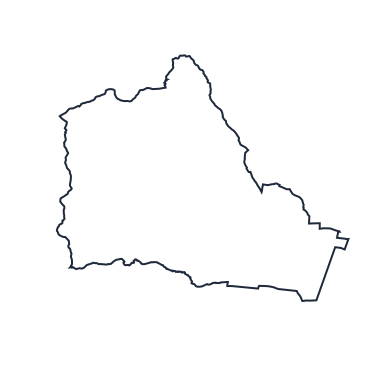 Turia, Covasna, Romania, rotated 346°
{"feature_id": "2599482B69568835310274", "entity_name": "Turia", "entity_type": "district", "adm_level": 2, "iso_a3": "ROU", "parent_name": "Romania", "parent_adm1": "Covasna", "projection": "robinson", "projection_center": [26.016, 46.065], "detail": "fine", "context": "isolated", "style": "outline", "palette": "slate", "viewbox_px": 384, "rotation_deg": 346, "n_neighbors": 0, "source": "geoboundaries", "source_scale": "gbopen_adm2", "svg_char_len": 5890}
<svg xmlns="http://www.w3.org/2000/svg" viewBox="0 0 384 384"><g transform="rotate(346 192 192)"><path d="M286.5,327.2L317.6,280.2L323.1,282.4L326.2,284.7L332.4,275.5L331.6,275.4L330.7,274.9L330.1,275.0L329.6,274.5L328.0,273.9L321.6,271.5L324.1,266.3L324.4,266.1L325.6,266.3L325.3,265.6L324.3,265.4L317.3,260.8L310.8,259.0L307.0,258.6L308.4,253.2L297.9,250.9L300.0,243.9L298.9,241.7L298.8,239.9L297.2,237.1L296.3,236.4L296.0,235.9L296.1,235.1L296.6,234.5L296.3,233.5L296.5,232.9L297.0,232.2L297.2,231.6L297.0,229.5L297.0,226.7L295.6,223.8L294.7,222.7L291.2,220.2L289.2,218.3L287.7,214.1L287.4,212.8L285.8,212.6L284.2,212.0L280.0,208.7L278.5,207.7L278.1,207.4L278.7,206.3L277.4,205.4L276.4,204.3L274.4,203.9L273.9,204.2L271.4,203.8L267.2,203.7L262.7,201.8L262.1,203.3L261.3,204.7L260.4,207.2L259.5,208.9L258.4,204.7L257.1,201.0L257.1,200.7L256.1,197.4L255.6,196.9L255.0,194.8L254.1,192.4L253.6,186.7L252.3,186.5L251.9,186.3L251.3,185.0L250.6,182.3L251.2,181.4L250.5,179.9L249.9,176.3L250.1,175.1L251.5,172.1L251.4,171.6L251.8,170.6L251.9,169.9L252.7,168.2L253.1,166.9L256.6,165.0L254.8,161.8L250.6,157.9L250.3,156.3L250.2,154.7L249.7,153.3L249.8,152.7L250.5,151.7L250.6,151.1L250.3,149.7L249.6,148.0L249.1,146.2L247.5,142.8L246.1,141.3L242.7,136.3L242.6,135.6L241.9,133.6L242.1,131.4L240.9,129.6L240.1,127.3L240.0,126.2L240.4,125.6L240.4,123.1L240.5,122.2L240.0,119.7L239.6,118.9L237.6,116.7L235.2,113.2L235.0,111.8L233.4,108.9L232.9,107.1L232.4,106.1L232.4,105.2L232.7,104.3L232.4,102.2L233.9,100.8L234.2,99.1L235.0,97.5L235.3,93.2L235.7,92.2L235.8,91.2L235.6,90.8L233.8,89.4L234.1,88.1L234.4,87.8L234.4,87.3L233.6,84.8L233.7,83.8L232.8,82.6L232.5,81.1L231.8,79.7L232.3,78.3L232.0,77.4L231.3,76.0L229.9,75.5L229.5,75.0L229.1,74.4L229.1,73.6L228.8,73.5L228.3,70.9L226.5,69.5L226.1,68.9L225.3,66.9L225.4,65.0L224.6,63.5L223.5,62.2L222.8,60.0L222.6,59.6L222.0,59.3L220.5,59.4L218.9,59.1L218.6,58.1L218.2,57.8L217.5,57.5L215.5,57.4L213.5,56.8L212.3,57.7L211.4,58.9L210.9,59.1L209.7,58.8L209.0,58.0L208.6,57.9L206.9,58.5L205.5,58.5L205.1,59.2L204.9,62.4L204.0,64.7L204.1,66.1L203.8,67.0L201.6,68.8L198.9,70.4L197.4,71.8L194.8,73.7L194.5,75.3L194.5,76.3L195.3,76.8L194.8,76.9L194.8,77.2L194.1,77.6L194.0,77.1L193.5,77.0L192.8,78.0L192.5,78.9L191.5,79.4L192.5,80.7L192.4,80.9L192.0,81.1L191.2,81.7L191.3,82.4L191.8,83.1L191.4,84.0L191.5,84.3L185.3,83.9L178.5,82.6L176.6,81.3L173.6,80.2L169.6,81.1L167.1,80.8L166.0,80.8L163.9,83.1L163.3,83.9L160.9,85.2L159.7,86.7L156.8,87.9L155.8,88.8L154.8,89.1L153.4,89.0L151.4,88.1L148.6,87.5L147.2,86.9L144.9,85.8L144.0,84.8L142.4,83.6L141.6,82.3L140.7,78.5L141.4,75.5L141.4,74.9L141.0,74.0L139.2,72.9L137.3,72.3L135.6,72.2L133.1,72.7L132.8,73.1L132.3,74.4L131.3,75.6L130.4,75.9L128.5,75.9L124.9,76.6L123.3,76.3L121.4,76.7L119.8,78.5L117.7,79.2L116.8,79.1L114.6,79.7L111.9,79.4L109.2,79.7L108.4,79.5L106.3,79.7L105.4,80.1L105.0,80.8L103.4,81.8L102.7,81.1L101.7,81.1L100.7,81.4L96.7,82.1L94.3,81.6L93.3,81.7L92.4,81.9L89.6,84.0L88.5,84.6L83.7,85.8L82.0,86.5L83.7,89.5L86.2,92.5L87.2,93.3L87.5,94.0L86.5,96.3L84.0,99.4L84.0,99.7L84.8,100.8L85.1,101.7L84.5,102.1L83.4,103.3L83.9,104.0L83.5,104.3L82.9,105.3L82.5,105.5L82.2,110.7L81.7,111.5L79.7,113.4L79.8,114.4L79.2,116.6L79.6,118.0L80.4,119.2L80.4,120.3L80.6,120.7L80.5,121.6L80.7,122.6L81.2,123.6L81.2,124.4L77.7,128.0L77.4,130.6L76.6,131.7L75.9,133.1L76.4,135.2L76.5,138.3L78.3,141.8L78.4,142.6L78.1,144.2L78.4,146.2L78.4,147.2L77.4,150.6L75.3,155.5L75.1,156.2L75.3,157.1L76.1,159.2L76.0,159.8L74.6,160.8L72.7,161.4L71.9,162.0L71.1,163.4L70.5,164.0L69.0,164.3L67.6,165.0L63.3,166.3L62.7,166.9L61.8,169.4L63.1,172.5L64.5,174.8L64.5,175.4L64.3,176.8L63.2,178.3L62.4,182.0L62.4,183.6L61.9,185.2L61.8,187.1L60.1,188.4L59.6,188.4L59.7,188.8L58.9,189.8L58.7,190.7L58.5,191.0L55.7,191.6L55.1,192.0L54.9,192.6L54.5,193.0L53.5,193.6L52.7,194.6L51.6,196.5L51.6,197.5L52.1,198.3L52.2,200.2L52.6,201.3L53.7,202.5L56.1,204.4L58.2,205.1L60.7,209.6L60.2,212.9L59.0,214.3L58.8,215.0L58.8,216.0L59.0,216.4L59.7,217.1L59.9,217.5L60.0,218.9L59.8,220.8L60.2,222.5L58.8,225.5L59.1,228.3L58.9,229.6L58.1,233.1L56.8,234.2L56.1,235.3L55.5,235.7L56.4,235.8L57.2,236.4L57.9,235.9L58.1,235.9L59.6,237.6L61.1,238.8L64.3,238.7L66.8,239.7L68.8,239.4L72.3,237.4L78.1,237.0L79.0,236.7L80.0,237.3L82.3,238.0L83.1,238.5L83.3,238.9L84.7,239.6L86.2,239.9L91.6,241.8L93.1,241.6L94.6,242.1L96.4,242.0L98.3,240.8L101.7,239.5L106.8,239.7L107.7,239.9L109.6,243.0L109.4,243.6L108.4,244.0L108.5,245.2L109.1,246.5L109.7,246.9L112.6,247.4L113.2,248.0L114.1,247.9L114.6,247.4L115.6,246.9L116.4,246.1L117.5,246.6L118.5,246.6L118.8,246.2L118.7,245.4L118.9,245.1L118.8,244.6L119.9,244.2L120.4,243.8L121.1,243.7L122.3,244.8L122.0,245.2L123.1,245.7L124.2,246.7L125.0,247.9L125.4,249.0L125.8,249.2L125.9,249.6L126.4,249.9L127.4,250.3L129.1,250.5L133.6,250.4L135.4,250.2L136.1,250.6L138.1,250.8L141.0,251.7L141.9,252.7L143.3,253.8L144.9,255.4L146.3,256.2L146.2,256.8L146.6,257.6L147.7,258.3L147.9,259.0L148.9,259.9L148.7,260.5L150.3,261.3L152.7,263.2L153.6,263.4L153.9,264.2L154.2,264.3L154.5,263.9L155.2,264.1L157.0,265.0L157.1,265.7L159.6,265.8L159.5,266.3L161.8,266.6L162.4,267.3L162.9,267.2L163.0,267.9L165.1,267.8L165.7,268.7L165.4,269.2L165.6,269.9L167.0,271.2L167.7,271.4L168.0,271.8L168.2,272.8L169.8,274.3L169.8,274.6L169.3,274.8L169.3,275.1L169.7,276.3L169.7,277.1L170.2,278.0L170.1,278.4L170.4,279.2L169.5,280.3L170.5,281.3L171.9,281.9L172.8,283.6L172.8,284.0L174.1,285.1L176.6,285.8L179.0,286.0L184.3,285.0L184.7,285.5L186.3,286.1L188.8,285.8L189.9,285.3L190.6,285.5L191.5,285.4L192.8,285.7L193.2,286.2L194.2,286.2L195.3,286.7L197.7,287.0L198.0,286.7L204.2,287.8L205.0,288.0L203.9,290.5L203.5,291.8L208.2,293.0L232.8,301.7L233.9,299.7L234.4,299.3L242.5,301.6L246.0,303.1L248.5,304.4L251.4,306.5L252.5,307.1L269.7,313.4L270.1,315.5L271.9,319.6L272.7,324.5L276.4,324.9L280.4,326.0L286.5,327.2Z" fill="none" stroke="#1e293b" stroke-width="2"/></g></svg>